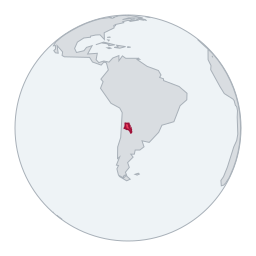 Catamarca on an orthographic globe
{"feature_id": "ARG-1300", "entity_name": "Catamarca", "entity_type": "Province", "adm_level": 1, "iso_a3": "ARG", "parent_name": "Argentina", "parent_adm1": "", "projection": "orthographic", "projection_center": [-67.01, -27.65], "detail": "fine", "context": "on_globe", "style": "filled", "palette": "rose", "viewbox_px": 256, "rotation_deg": 0, "n_neighbors": 0, "source": "natural_earth", "source_scale": "10m", "svg_char_len": 4879}
<svg xmlns="http://www.w3.org/2000/svg" viewBox="0 0 256 256"><circle cx="128" cy="128" r="113" fill="#eef3f6" stroke="#a8b0b8"/><path d="M64.7,34.8L64.8,34.7L71.7,30.5L78.8,26.7L86.1,23.4L93.7,20.7L101.5,18.5L101.0,18.6L101.9,18.6L111.1,17.3L110.4,17.9L112.2,18.3L114.2,17.6L113.5,17.1L117.7,16.3L116.4,16.1L117.9,15.9L122.4,15.5L125.5,15.4L125.7,15.6L127.3,15.7L130.4,15.5L133.7,16.1L141.1,17.4L141.6,17.8L136.8,18.1L128.8,17.9L122.5,19.6L130.5,18.3L131.5,19.8L133.3,20.1L135.5,20.1L136.7,19.6L137.8,20.2L130.3,21.4L129.2,20.8L131.6,20.4L127.8,20.4L122.8,21.7L123.7,22.7L115.1,24.6L115.6,25.5L114.1,26.5L113.8,25.0L114.1,27.9L104.2,32.7L104.4,39.5L100.0,34.8L95.7,35.0L90.6,36.1L90.5,37.2L83.8,38.0L77.4,42.1L74.6,48.4L76.5,52.5L84.0,50.7L86.5,47.4L92.1,45.7L87.6,54.0L97.3,53.3L96.1,59.7L98.8,62.6L103.8,61.0L109.0,62.1L112.8,58.0L118.9,55.6L118.9,60.8L122.4,55.9L125.7,58.3L137.9,58.3L136.9,59.4L147.2,66.4L158.4,70.5L161.0,75.0L159.6,77.4L163.5,78.8L163.6,80.6L179.1,86.5L187.0,93.3L186.8,99.8L180.1,105.7L173.9,121.7L161.9,125.2L158.7,132.3L149.2,142.4L142.0,140.8L144.0,146.8L139.9,150.0L135.2,150.0L134.3,154.2L130.8,154.2L133.1,157.1L127.6,162.6L129.3,167.4L125.4,172.2L126.6,175.1L125.1,175.0L123.5,176.1L123.4,177.8L118.5,175.2L116.9,168.8L118.5,165.5L116.4,165.1L119.7,156.8L117.5,158.6L117.7,146.9L120.7,137.5L122.2,112.6L119.7,108.0L111.0,103.3L100.5,88.3L103.1,81.7L100.9,79.1L108.3,70.0L106.4,62.8L103.8,62.1L101.2,65.1L92.5,62.0L89.6,57.4L64.4,56.8L62.1,55.5L62.6,51.9L57.1,45.6L58.2,53.2L55.4,52.8L53.8,50.6L55.5,49.1L55.4,45.6L53.4,45.8L55.7,42.0L61.6,37.0L64.7,34.8ZM103.6,42.1L114.8,44.8L108.2,45.8L109.5,45.0L106.7,43.7L101.5,42.9L95.8,44.7L103.6,42.1ZM109.1,37.4L107.1,37.4L109.1,37.1L109.1,37.4ZM116.4,16.0L116.1,16.0L116.4,16.0ZM126.7,180.8L118.9,176.2L123.3,178.2L126.1,175.6L130.2,179.2L126.7,180.8ZM135.0,174.3L138.4,173.2L139.3,174.1L137.1,175.1L135.0,174.3ZM209.0,49.7L209.8,50.6L208.2,49.3L204.5,46.0L197.5,39.5L199.0,40.6L209.0,49.7ZM230.2,175.3L228.4,179.1L228.1,179.2L225.8,182.9L223.7,185.1L221.3,185.8L220.9,180.5L223.5,176.7L227.4,167.1L233.8,146.8L236.7,140.5L237.8,134.1L237.2,117.1L237.5,110.7L236.7,106.7L235.4,105.3L234.1,100.5L233.0,99.1L224.3,93.6L219.9,86.5L210.7,69.7L211.0,65.6L208.1,59.7L208.0,49.2L211.3,52.4L212.5,53.6L217.7,59.8L222.4,66.5L226.6,73.5L230.2,80.7L233.4,88.2L236.0,95.9L238.0,103.8L239.5,111.8L240.3,119.9L240.6,128.0L240.3,136.1L239.5,144.2L238.0,152.2L236.0,160.1L233.4,167.8L230.2,175.3ZM212.0,55.8L212.9,57.4L212.0,55.8ZM138.3,58.2L139.7,59.3L137.8,59.3L138.3,58.2ZM107.2,47.8L109.6,47.6L110.9,48.2L109.0,48.7L107.2,47.8ZM127.8,46.7L130.7,47.2L127.7,47.5L127.8,46.7ZM116.6,45.2L125.6,46.6L119.8,48.2L114.1,47.4L118.1,46.8L116.6,45.2ZM107.8,39.9L109.2,40.1L108.7,40.9L107.8,39.9ZM110.5,37.3L109.9,37.4L109.2,36.9L110.5,37.3ZM131.9,19.7L132.5,19.7L134.8,19.8L133.6,20.0L131.9,19.7ZM145.1,19.5L146.6,20.6L144.7,19.9L143.5,20.2L138.0,19.2L141.5,17.9L140.9,18.6L145.1,19.5ZM131.6,18.0L134.7,18.5L131.2,18.1L131.6,18.0ZM128.3,15.4L128.8,15.4L127.7,15.4L128.3,15.4ZM150.4,17.6L150.5,17.6L145.6,16.7L145.3,16.7L150.4,17.6ZM56.7,215.2L57.6,215.9L61.8,219.1L62.2,219.4L56.7,215.2ZM52.9,212.0L53.6,212.5L52.9,212.0Z" fill="#d9dde1" stroke="#a8b0b8" stroke-width="1"/><path d="M125.7,126.8L125.7,126.7L125.4,126.0L125.3,125.9L125.2,125.8L125.2,125.7L125.2,125.4L125.3,125.3L125.5,125.1L125.4,124.5L125.4,124.3L125.3,124.2L125.2,124.0L125.3,123.9L125.2,123.9L125.2,123.7L125.3,123.2L126.6,123.4L128.7,123.3L128.8,123.3L128.9,123.6L129.0,123.7L129.0,123.8L128.9,123.9L128.9,124.0L128.7,124.1L128.4,124.2L128.3,124.3L128.4,124.5L128.5,124.8L128.7,125.0L128.8,125.1L128.8,125.3L129.0,125.4L129.0,125.5L129.2,125.3L129.2,125.2L129.3,125.2L129.5,125.1L129.7,125.3L129.6,125.5L129.5,125.8L129.8,126.0L130.0,126.1L130.0,126.3L130.0,126.5L129.9,126.7L129.8,126.8L129.7,126.9L129.7,127.0L129.5,127.3L129.4,127.3L129.5,127.4L129.7,127.5L129.8,127.5L129.8,127.9L129.9,128.0L130.0,128.1L130.0,128.3L130.3,128.3L130.3,128.5L130.5,128.8L130.6,128.7L130.9,128.4L130.9,128.5L131.0,128.5L131.3,129.3L131.4,129.5L131.3,129.8L131.2,129.8L131.2,130.0L131.3,130.0L131.3,130.5L131.4,131.3L131.5,131.4L131.6,131.6L131.6,131.8L131.5,132.3L131.3,132.6L131.2,132.8L130.7,132.9L130.5,132.3L130.4,132.1L130.3,131.9L130.2,131.7L130.2,131.4L130.1,131.2L129.8,130.8L129.7,130.8L129.5,130.6L129.2,130.4L129.1,130.2L128.9,129.9L128.9,129.7L128.7,129.5L128.4,129.3L128.1,129.2L127.9,129.2L127.9,129.3L127.7,129.4L126.8,129.4L126.7,129.4L126.4,129.2L126.4,128.9L126.3,129.0L126.2,129.0L126.1,128.9L125.9,128.9L125.7,128.8L125.7,128.7L125.5,128.4L125.5,128.2L125.4,128.2L125.3,128.3L125.2,128.3L125.2,128.2L125.0,128.3L124.9,128.3L124.3,128.3L124.3,128.2L124.4,127.9L124.5,127.8L124.5,127.7L124.7,127.3L124.7,127.2L124.8,127.0L124.9,126.9L125.0,127.0L125.3,127.0L125.3,126.9L125.5,126.9L125.7,126.8Z" fill="#f43f5e" stroke="#9f1239" stroke-width="1.5"/></svg>